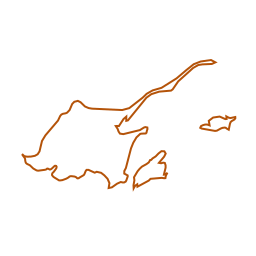 the border of Trat, rotated 265°
{"feature_id": "THA-435", "entity_name": "Trat", "entity_type": "Province", "adm_level": 1, "iso_a3": "THA", "parent_name": "Thailand", "parent_adm1": "", "projection": "mercator", "projection_center": [102.484, 12.155], "detail": "fine", "context": "isolated", "style": "outline", "palette": "amber", "viewbox_px": 256, "rotation_deg": 265, "n_neighbors": 0, "source": "natural_earth", "source_scale": "10m", "svg_char_len": 2792}
<svg xmlns="http://www.w3.org/2000/svg" viewBox="0 0 256 256"><g transform="rotate(265 128 128)"><path d="M159.3,148.2L160.4,149.5L163.3,155.8L165.1,164.9L173.2,180.7L180.7,191.3L185.8,199.0L187.9,206.2L188.5,216.6L185.8,220.8L184.5,217.1L184.9,207.7L184.6,203.4L182.2,198.2L170.1,182.1L162.6,175.9L161.5,174.1L161.5,162.2L159.7,154.2L156.6,149.0L135.6,128.6L135.3,126.9L139.5,127.3L137.3,124.3L130.7,119.1L131.0,117.2L131.0,116.0L128.0,117.6L125.3,118.3L123.1,119.5L122.3,122.8L124.9,139.7L127.1,144.0L127.4,145.3L126.8,147.3L125.3,147.3L123.4,146.5L121.7,146.0L121.0,145.2L121.2,141.2L121.1,139.7L117.9,135.6L112.9,132.0L107.4,129.2L88.3,122.4L85.5,120.6L82.9,120.3L80.8,123.5L79.8,123.5L75.8,121.7L74.8,121.0L74.1,119.4L74.2,118.0L74.6,116.8L74.8,116.0L73.5,112.3L70.3,106.8L69.9,103.5L74.7,104.7L79.2,103.2L82.9,100.3L85.7,97.3L87.1,93.0L86.4,91.0L86.4,90.9L89.7,85.1L89.9,83.1L89.1,82.3L88.1,81.7L86.3,80.8L85.3,80.2L84.8,79.5L84.4,78.7L83.1,75.9L82.3,74.5L82.2,73.8L82.3,73.1L83.2,72.3L83.8,71.6L84.3,70.5L84.8,68.2L85.0,66.9L84.9,66.0L84.7,65.5L84.5,65.1L84.2,64.8L83.6,63.7L82.9,62.1L81.8,58.1L81.7,56.1L81.8,54.8L84.7,50.9L85.0,50.5L85.8,49.5L86.7,48.8L87.2,48.5L87.8,48.2L88.5,48.3L89.1,48.5L89.6,48.8L90.0,49.2L90.7,50.1L93.4,52.5L94.4,53.2L95.1,53.4L95.7,53.5L96.5,53.1L96.7,52.5L96.7,51.8L96.4,51.3L94.4,48.8L93.7,47.7L93.4,46.6L93.7,46.0L94.4,44.9L94.6,44.2L94.5,43.7L94.1,43.4L93.8,42.7L93.6,41.6L93.3,34.9L93.5,33.9L93.8,33.1L95.9,30.1L99.4,27.0L100.9,24.5L101.3,24.0L101.8,23.5L102.3,23.2L102.9,23.0L104.3,22.8L105.9,22.8L106.5,22.7L107.1,22.5L110.2,20.6L111.2,20.3L111.3,20.2L109.0,22.2L108.2,25.0L108.0,28.9L108.4,32.8L109.7,35.7L111.4,37.0L112.4,37.8L122.6,41.2L127.9,45.1L141.5,58.9L145.9,61.5L147.2,62.8L147.8,64.3L148.1,67.3L148.6,68.7L151.0,71.4L156.8,74.5L158.8,76.8L159.1,78.8L159.4,80.4L157.8,83.0L153.2,87.0L151.3,90.5L150.4,93.9L146.4,123.8L147.7,131.0L156.9,145.2L159.3,148.2ZM94.2,148.4L95.5,149.7L97.3,153.1L100.0,156.2L102.0,159.3L101.6,162.2L99.2,163.3L96.3,161.5L90.6,155.8L90.0,157.9L90.4,160.0L90.0,161.6L87.6,162.2L85.2,162.0L78.4,159.7L78.4,160.9L78.9,161.5L79.8,163.4L78.7,162.5L77.6,161.8L76.4,161.3L74.8,160.9L74.8,159.7L75.4,157.3L75.4,146.0L73.8,144.1L68.7,132.3L71.1,132.3L70.4,131.0L69.7,130.0L68.7,129.2L67.5,128.4L70.5,128.5L75.3,129.8L78.4,129.7L84.1,133.8L86.3,136.0L88.3,138.5L90.4,143.2L91.9,145.7L94.2,147.3L94.2,148.4ZM123.5,209.5L128.1,209.1L131.0,213.7L131.4,220.3L128.4,225.7L128.4,227.0L131.0,227.0L129.4,229.4L129.0,231.1L129.6,235.8L128.4,235.8L127.2,234.8L125.8,231.8L124.9,230.7L123.2,229.9L117.5,228.2L118.9,226.2L119.7,225.4L120.0,224.4L119.9,222.1L119.4,220.4L117.6,216.3L117.5,214.5L121.0,201.4L121.9,200.0L123.5,200.9L124.3,202.9L124.7,205.0L124.6,207.1L123.5,209.5Z" fill="none" stroke="#b45309" stroke-width="2"/></g></svg>